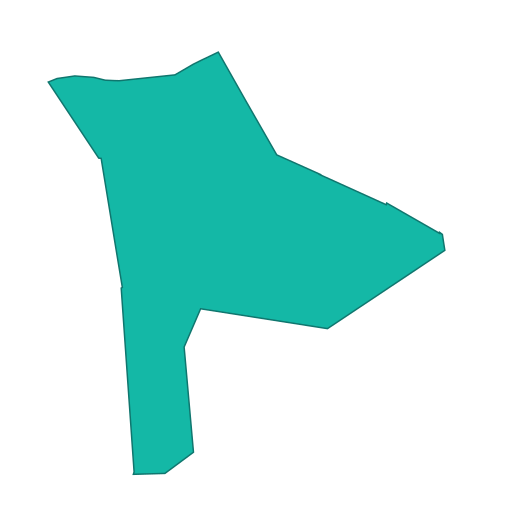 Guesneau, Castries, Saint Lucia (orthographic projection), rotated 84°
{"feature_id": "8701671B77991927650857", "entity_name": "Guesneau", "entity_type": "district", "adm_level": 2, "iso_a3": "LCA", "parent_name": "Saint Lucia", "parent_adm1": "Castries", "projection": "orthographic", "projection_center": [-60.966, 13.992], "detail": "fine", "context": "isolated", "style": "filled", "palette": "teal", "viewbox_px": 512, "rotation_deg": 84, "n_neighbors": 0, "source": "geoboundaries", "source_scale": "gbopen_adm2", "svg_char_len": 687}
<svg xmlns="http://www.w3.org/2000/svg" viewBox="0 0 512 512"><g transform="rotate(84 256 256)"><path d="M270.1,67.6L262.5,68.0L254.0,68.4L251.0,71.6L251.9,71.1L253.3,70.2L217.0,120.5L218.6,121.2L182.7,182.4L181.7,184.1L181.5,183.7L157.6,224.8L100.0,250.2L49.3,272.2L55.4,289.4L55.5,289.7L58.7,298.3L67.4,317.7L67.4,346.1L67.4,373.8L66.8,378.3L65.4,387.6L62.1,396.7L61.4,398.7L59.9,407.0L58.0,417.4L58.3,424.8L58.7,435.3L61.3,444.4L142.2,402.2L142.6,400.4L142.7,399.8L243.1,394.0L273.3,392.2L273.8,393.4L293.6,394.1L458.0,399.8L460.3,400.8L462.7,369.3L444.6,338.7L339.0,337.0L302.7,316.6L335.7,192.5L334.0,189.3L270.1,67.6Z" fill="#14b8a6" stroke="#0f766e" stroke-width="1.5"/></g></svg>